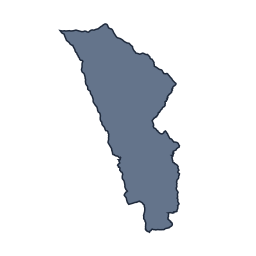 Costesti, Vâlcea, Romania, rotated 352°
{"feature_id": "2599482B34648499423542", "entity_name": "Costesti", "entity_type": "district", "adm_level": 2, "iso_a3": "ROU", "parent_name": "Romania", "parent_adm1": "Vâlcea", "projection": "mercator", "projection_center": [24.049, 45.22], "detail": "fine", "context": "isolated", "style": "filled", "palette": "slate", "viewbox_px": 256, "rotation_deg": 352, "n_neighbors": 0, "source": "geoboundaries", "source_scale": "gbopen_adm2", "svg_char_len": 5941}
<svg xmlns="http://www.w3.org/2000/svg" viewBox="0 0 256 256"><g transform="rotate(352 128 128)"><path d="M154.8,232.5L155.0,232.1L155.3,232.1L157.6,231.0L158.3,230.2L158.5,229.5L158.4,228.3L157.9,227.4L157.1,227.1L157.2,226.3L155.9,225.1L155.3,223.9L155.0,223.9L155.0,222.4L155.5,221.7L155.8,221.1L155.7,220.7L156.2,219.0L156.2,218.4L156.5,217.8L156.3,217.7L157.8,217.6L160.5,218.5L161.4,218.3L161.2,218.0L161.4,217.6L161.9,217.4L162.8,217.6L163.3,217.4L163.6,217.6L164.8,217.4L165.1,216.2L166.1,214.6L166.1,213.7L166.5,213.1L166.3,211.7L167.4,211.0L168.0,210.2L167.0,207.7L167.5,205.7L167.4,205.1L166.9,204.4L167.3,203.5L167.6,203.3L167.6,202.0L167.8,200.0L168.6,199.0L168.6,198.5L168.2,197.4L167.7,196.8L167.3,195.0L167.5,193.9L168.1,193.2L168.3,192.4L168.2,191.0L168.8,189.8L168.6,189.3L168.6,188.5L168.5,188.2L168.9,187.7L169.0,186.9L169.7,185.9L170.8,185.1L171.2,184.4L171.5,182.4L172.2,181.7L172.6,180.4L171.2,179.0L171.1,178.6L171.9,177.3L172.5,177.0L172.4,176.2L171.7,174.4L172.3,173.4L172.1,172.8L171.5,171.6L169.8,170.0L169.1,169.7L168.9,168.9L167.8,168.3L167.6,167.5L167.8,166.6L167.5,166.2L167.6,164.7L167.3,163.6L168.1,162.4L167.8,162.0L168.2,161.9L167.4,161.2L168.5,161.2L168.6,161.4L169.1,160.7L168.8,159.3L169.8,159.4L169.9,159.1L169.3,158.5L169.6,158.2L169.5,157.4L172.6,156.4L173.0,155.6L173.4,155.2L175.3,154.2L175.8,154.2L176.5,152.7L176.0,151.9L175.6,150.4L175.3,149.9L174.4,149.1L172.7,148.5L171.4,148.3L171.2,147.5L170.7,147.2L170.4,146.8L170.0,145.6L169.1,144.7L168.0,144.3L166.6,140.5L166.3,139.1L165.7,138.4L165.6,137.8L164.7,136.2L163.8,136.6L163.6,136.5L163.2,136.8L162.9,137.5L162.0,138.2L161.2,138.5L160.4,138.5L159.2,138.0L157.8,136.5L157.3,135.9L157.1,135.0L156.2,134.5L156.0,133.7L155.4,132.8L154.9,132.2L154.1,131.9L153.5,131.2L153.6,130.9L153.2,129.9L153.4,129.4L153.7,129.2L153.8,127.7L152.9,124.1L154.5,122.6L154.9,122.0L155.3,122.0L156.0,121.5L156.9,121.2L157.0,120.9L157.3,121.0L158.0,120.7L158.2,120.1L158.9,119.6L159.8,118.4L160.0,117.3L160.2,117.1L160.7,116.8L161.2,117.0L163.1,114.6L164.0,114.2L164.5,113.5L164.8,112.9L165.6,112.3L166.9,111.8L167.4,111.4L167.9,110.7L167.8,109.9L168.3,109.3L168.3,107.2L168.8,106.9L169.6,106.8L169.7,106.3L170.0,106.1L170.1,105.8L170.8,105.3L170.7,104.9L171.0,104.3L171.3,104.0L170.9,103.8L171.7,103.1L171.5,102.2L172.7,101.2L173.3,100.4L173.7,100.2L173.8,100.4L174.8,99.6L175.4,99.3L175.7,98.8L176.2,98.5L176.1,98.1L176.3,97.8L176.7,97.4L176.8,97.0L177.2,96.7L176.9,96.0L177.2,95.9L177.2,95.4L177.6,95.2L177.4,94.9L177.8,94.6L177.9,94.0L178.8,93.1L180.4,92.4L180.7,92.0L181.3,91.7L181.7,90.9L181.5,90.3L180.8,89.7L178.8,86.9L178.0,84.9L177.2,84.0L176.0,81.9L175.5,81.3L174.8,79.9L174.1,79.4L173.0,79.6L171.1,79.1L170.8,78.9L170.8,78.1L170.4,77.7L169.9,76.1L169.5,75.4L169.0,75.0L167.2,74.3L164.2,71.5L162.7,70.6L162.7,70.1L162.8,69.2L162.6,67.6L162.9,66.9L162.6,66.0L161.3,63.2L160.6,63.0L159.8,62.4L159.6,61.7L159.4,60.3L158.6,59.4L157.6,57.9L156.2,57.8L154.5,56.8L154.0,56.3L152.8,55.9L150.4,56.5L149.5,56.5L149.0,56.0L146.1,54.8L145.8,53.8L145.0,52.8L144.2,51.1L143.8,49.6L143.7,48.5L143.8,48.0L143.5,47.6L142.4,46.5L140.9,44.3L138.8,43.6L137.2,42.5L136.0,41.5L134.8,40.0L133.0,38.5L130.0,37.1L129.1,36.0L127.1,31.6L126.6,29.7L126.0,28.3L125.4,27.6L124.6,27.4L122.7,26.1L121.9,23.1L121.3,22.3L120.1,21.8L119.6,21.8L117.7,22.5L117.0,23.1L115.3,23.8L112.2,25.6L109.6,25.9L108.0,26.4L106.2,25.9L105.0,26.0L103.7,26.6L102.6,27.4L102.0,27.6L100.9,27.2L99.8,26.3L98.6,26.0L97.0,26.3L95.4,26.1L90.1,23.8L87.2,24.1L84.9,24.0L83.6,23.5L79.8,23.3L78.8,22.9L76.4,22.8L74.3,22.1L75.7,24.6L77.9,26.3L78.0,27.6L79.3,32.7L81.6,35.1L82.4,36.9L84.6,38.7L84.8,38.6L85.3,40.3L86.3,42.9L86.3,44.3L86.7,45.1L86.9,45.8L87.7,46.6L87.9,48.2L88.7,49.4L88.7,50.5L89.5,51.6L89.7,53.1L90.4,54.2L92.1,54.8L92.6,55.6L91.7,57.3L91.4,58.2L91.0,61.2L90.0,63.8L90.1,64.7L90.4,66.1L90.8,66.6L91.8,67.6L92.2,68.5L92.6,71.3L92.6,72.4L92.5,73.2L92.7,73.6L92.7,74.4L92.6,74.9L92.3,75.6L92.3,78.0L92.4,78.7L93.0,80.0L93.7,81.0L93.7,83.3L93.5,83.7L93.6,84.1L94.5,85.2L95.7,86.3L95.7,88.5L96.1,89.7L96.9,91.2L97.5,94.7L97.2,96.6L97.2,97.4L98.8,100.9L100.2,103.1L100.4,104.9L100.4,106.6L100.7,107.3L100.8,108.0L101.9,109.0L102.2,109.6L102.4,111.4L102.3,112.5L101.9,113.9L101.7,116.0L102.1,117.5L102.8,118.4L102.8,121.0L104.6,123.8L105.0,125.1L105.1,126.2L105.6,127.5L107.0,127.9L107.6,128.9L107.6,130.3L108.0,131.0L108.1,131.7L107.7,132.6L107.8,133.4L107.4,134.6L107.2,136.7L106.4,138.7L106.2,139.7L108.9,146.2L108.8,147.2L108.8,147.8L109.1,148.3L109.0,149.1L109.2,149.6L109.2,151.7L109.5,152.1L109.7,152.4L110.6,152.4L111.0,153.1L111.9,153.8L114.1,154.6L115.1,156.0L116.0,156.3L116.4,156.0L116.5,156.2L116.6,156.5L115.9,157.2L116.0,157.8L115.4,158.6L115.0,158.8L114.8,158.3L114.3,158.2L114.7,158.7L114.4,159.3L114.6,159.6L114.6,160.2L115.0,161.5L113.2,162.6L112.5,163.4L113.1,164.5L113.2,165.5L114.0,165.6L114.4,166.3L114.4,166.8L114.0,168.2L114.0,168.7L114.6,169.4L114.9,170.4L115.9,171.0L116.1,171.4L116.3,173.3L115.6,174.8L115.3,176.8L115.5,177.7L116.2,178.8L116.8,180.2L117.0,184.3L116.7,185.7L116.9,187.1L117.3,187.8L117.3,188.5L118.6,190.4L117.7,191.1L117.1,191.2L116.6,191.7L115.2,193.3L114.9,194.1L115.8,195.7L116.5,196.8L116.7,199.6L117.1,201.7L118.1,203.7L122.2,203.2L124.5,202.7L126.1,202.8L126.7,202.5L127.2,202.6L128.0,202.1L128.9,202.4L129.3,202.1L131.7,204.1L132.1,204.6L132.3,205.4L133.4,206.6L133.2,208.2L133.5,209.4L133.2,211.5L132.6,213.8L132.1,214.6L131.8,215.7L131.3,216.5L131.2,217.1L131.3,217.8L131.1,218.5L131.2,218.9L130.9,220.0L131.9,221.7L131.9,223.0L132.3,223.6L132.3,224.5L132.3,225.4L132.0,226.0L131.9,227.0L131.6,228.0L131.5,230.1L131.3,230.1L131.2,230.9L131.4,231.4L131.8,231.4L132.1,232.4L132.6,232.8L133.1,232.9L133.4,233.4L134.2,233.7L134.8,234.2L135.4,233.1L136.6,232.7L137.2,231.8L137.9,231.5L138.8,232.1L140.8,232.5L141.2,232.8L143.3,232.7L145.4,233.2L149.2,233.6L149.9,233.5L150.9,232.8L154.8,232.5Z" fill="#64748b" stroke="#1e293b" stroke-width="1.5"/></g></svg>